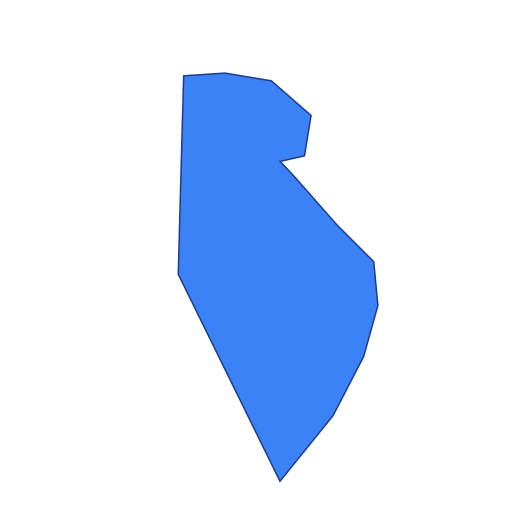 outline of Acquaviva, rotated 317°
{"feature_id": "SMR-4885", "entity_name": "Acquaviva", "entity_type": "state/province", "adm_level": 1, "iso_a3": "SMR", "parent_name": "San Marino", "parent_adm1": "", "projection": "mercator", "projection_center": [12.411, 43.944], "detail": "fine", "context": "isolated", "style": "filled", "palette": "blue", "viewbox_px": 512, "rotation_deg": 317, "n_neighbors": 0, "source": "natural_earth", "source_scale": "10m", "svg_char_len": 362}
<svg xmlns="http://www.w3.org/2000/svg" viewBox="0 0 512 512"><g transform="rotate(317 256 256)"><path d="M119.9,437.1L186.7,216.3L289.2,112.2L326.0,74.9L358.0,101.0L386.7,138.4L392.1,190.8L359.8,215.8L338.2,203.3L338.2,225.7L336.4,288.1L338.2,340.5L311.3,375.4L266.3,402.9L203.5,425.3L119.9,437.1Z" fill="#3b82f6" stroke="#1e3a8a" stroke-width="1.5"/></g></svg>